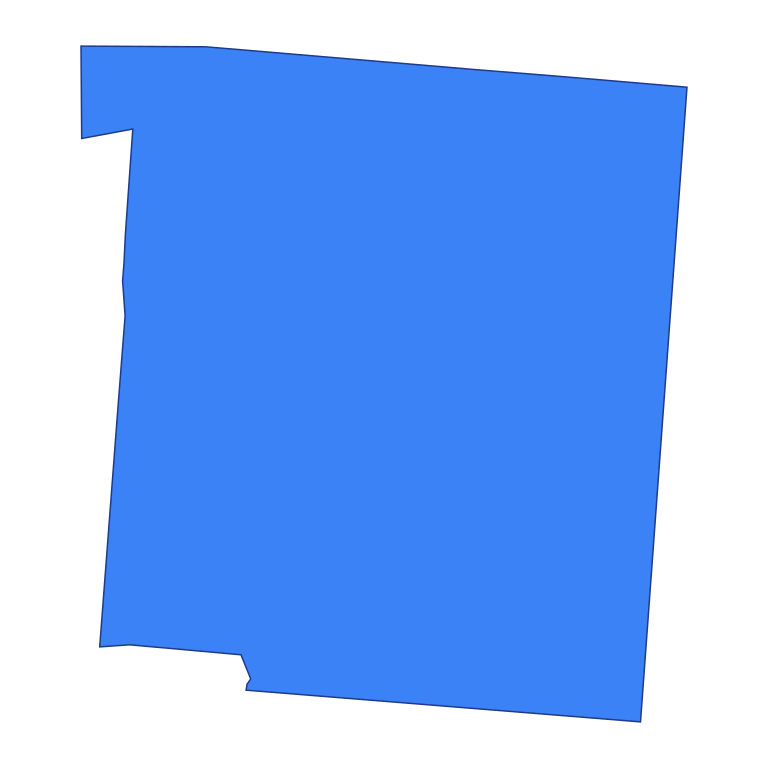 the district of Warren, Ohio, United States of America
{"feature_id": "52423323B78802175284896", "entity_name": "Warren", "entity_type": "district", "adm_level": 2, "iso_a3": "USA", "parent_name": "United States of America", "parent_adm1": "Ohio", "projection": "mercator", "projection_center": [-84.252, 39.422], "detail": "fine", "context": "isolated", "style": "filled", "palette": "blue", "viewbox_px": 768, "rotation_deg": 0, "n_neighbors": 0, "source": "geoboundaries", "source_scale": "gbopen_adm2", "svg_char_len": 363}
<svg xmlns="http://www.w3.org/2000/svg" viewBox="0 0 768 768"><path d="M472.9,69.4L205.7,46.8L81.0,46.1L81.7,138.5L132.8,129.0L125.4,234.1L124.0,262.9L122.6,280.8L125.1,315.8L118.2,404.3L99.7,646.9L129.6,644.8L241.0,654.8L250.7,678.9L247.0,684.3L246.1,690.2L640.5,721.9L687.0,87.2L562.3,76.6L472.9,69.4Z" fill="#3b82f6" stroke="#1e3a8a" stroke-width="1.5"/></svg>